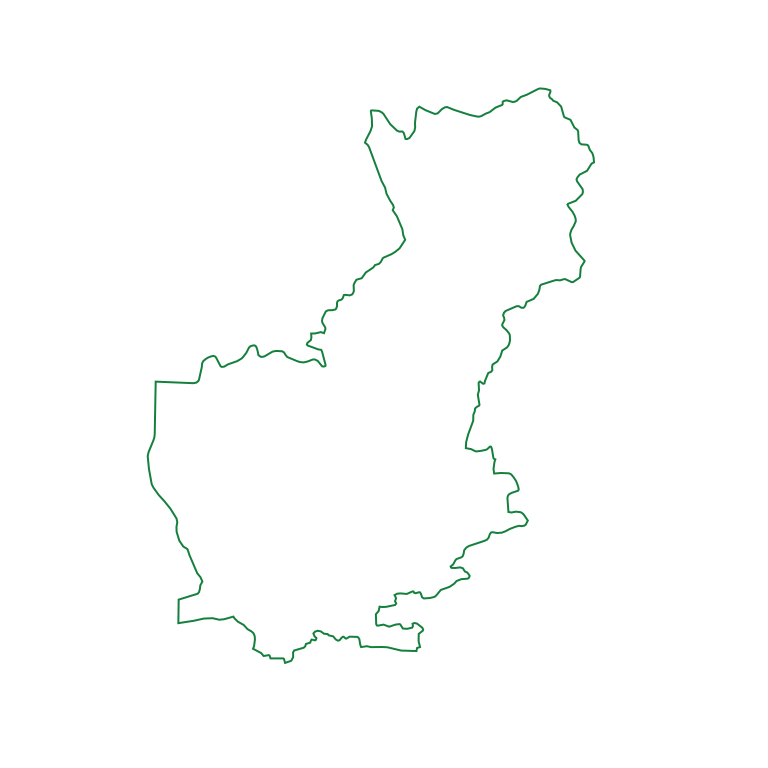 Tuy Phuoc, Bình Định, Vietnam (Mercator projection), rotated 162°
{"feature_id": "81297802B71017047307278", "entity_name": "Tuy Phuoc", "entity_type": "district", "adm_level": 2, "iso_a3": "VNM", "parent_name": "Vietnam", "parent_adm1": "Bình Định", "projection": "mercator", "projection_center": [109.153, 13.841], "detail": "fine", "context": "isolated", "style": "outline", "palette": "green", "viewbox_px": 768, "rotation_deg": 162, "n_neighbors": 0, "source": "geoboundaries", "source_scale": "gbopen_adm2", "svg_char_len": 6166}
<svg xmlns="http://www.w3.org/2000/svg" viewBox="0 0 768 768"><g transform="rotate(162 384 384)"><path d="M115.8,529.9L114.6,534.9L114.5,539.1L115.9,543.0L116.1,547.6L116.8,548.6L117.9,549.2L122.2,550.9L123.6,552.9L123.5,555.9L121.3,564.3L121.5,565.8L123.7,569.2L125.0,577.6L129.5,581.5L130.2,582.6L129.8,593.1L132.3,598.3L135.6,601.2L136.2,602.9L137.7,604.9L137.9,606.9L137.5,608.0L135.4,610.5L135.1,612.0L139.4,614.8L144.6,617.0L147.3,616.8L158.5,615.0L165.2,614.7L170.5,612.2L173.2,612.1L174.7,612.6L179.7,615.9L183.0,616.1L184.0,615.5L184.7,613.4L185.3,612.9L192.6,612.4L199.6,609.9L203.6,609.7L208.8,608.7L211.1,608.9L213.0,609.7L219.3,613.4L232.7,623.1L238.4,627.9L240.6,628.3L244.0,627.5L249.3,624.8L252.2,625.1L259.8,631.5L264.7,636.8L267.4,635.7L269.1,633.1L273.7,623.1L275.1,618.4L276.9,615.2L283.8,610.1L286.4,609.8L287.8,610.4L287.6,616.5L288.4,618.4L291.4,619.3L293.3,620.9L297.8,629.2L301.0,641.0L302.0,642.8L304.4,645.3L310.8,647.9L311.9,648.0L312.3,647.3L313.4,640.8L315.7,632.8L318.8,628.6L325.6,621.9L327.5,619.4L325.7,616.6L325.0,613.9L323.6,577.9L322.3,570.5L322.8,564.1L321.4,556.1L320.1,551.6L320.1,548.8L322.0,546.6L319.9,539.5L318.7,525.5L319.7,519.7L319.3,514.6L327.3,508.2L332.5,506.2L336.6,505.2L345.4,504.3L346.3,504.0L349.4,501.0L351.8,499.8L355.7,499.9L358.3,498.1L366.8,495.7L372.5,491.5L378.0,491.7L381.0,489.1L382.4,487.3L383.9,481.8L385.3,480.0L386.7,479.0L389.3,478.9L393.3,480.8L394.7,481.0L396.6,478.5L398.2,477.4L401.6,477.4L402.6,477.0L403.7,475.6L404.6,472.5L406.4,470.3L407.4,469.9L410.4,470.2L414.4,471.4L416.9,471.0L422.2,465.6L423.5,463.1L423.6,460.9L422.4,456.1L422.7,454.4L425.4,450.9L428.1,452.9L433.6,453.3L437.7,454.5L438.7,450.6L440.0,448.4L444.1,446.8L445.2,445.3L444.7,444.2L435.8,437.2L433.2,435.9L432.9,433.9L433.7,420.2L434.2,419.2L436.0,419.2L437.4,420.0L439.9,426.5L442.2,428.7L444.0,429.3L449.5,429.0L453.9,429.4L457.2,430.9L459.7,432.7L467.7,439.6L468.7,442.2L469.3,444.9L470.8,446.6L476.2,448.7L478.5,449.1L480.2,449.2L489.1,447.2L491.4,447.4L492.9,448.0L494.5,450.2L493.9,455.5L494.0,459.1L495.1,460.7L496.3,461.1L499.3,461.2L501.1,460.4L505.4,456.1L510.3,452.8L512.1,452.1L516.8,451.1L526.3,450.9L530.7,449.9L533.0,450.4L533.9,451.3L535.6,461.3L536.2,462.4L537.5,463.4L539.6,463.7L543.1,463.5L546.0,462.8L548.8,461.6L550.6,459.8L552.1,456.3L558.6,445.3L559.8,444.1L562.1,443.3L565.1,443.7L600.4,456.8L617.5,407.3L618.9,404.2L620.6,401.8L629.0,391.9L631.0,388.5L633.8,375.8L635.9,360.3L635.2,356.3L632.5,347.9L629.0,340.2L625.6,331.2L622.9,320.2L623.3,316.4L625.5,312.3L626.9,307.6L627.1,298.3L625.1,291.4L622.1,287.9L621.9,287.0L621.9,281.3L620.1,261.7L618.2,256.8L617.8,252.2L620.9,249.3L622.4,246.0L624.2,243.3L626.0,242.1L645.9,242.4L653.5,220.1L638.1,217.6L627.9,216.6L619.3,214.2L613.5,210.7L608.7,209.7L599.1,209.3L598.7,207.5L596.4,203.1L591.9,198.2L589.6,193.1L586.4,189.5L585.1,187.1L584.9,184.1L585.7,180.9L588.6,174.8L590.4,172.7L584.0,166.1L582.5,162.5L577.2,161.7L576.7,160.8L576.7,158.1L564.7,154.2L564.1,153.5L564.3,149.3L557.8,149.4L554.8,152.3L553.4,156.8L551.8,158.3L541.8,158.0L539.9,158.9L538.6,160.9L534.1,160.8L532.7,162.7L531.7,163.3L528.8,161.5L527.7,161.8L526.8,163.3L528.0,165.5L528.2,168.6L526.1,169.8L523.3,169.8L520.6,168.3L518.3,165.1L515.4,163.8L514.8,163.5L514.3,162.1L510.3,159.7L508.8,155.9L507.2,154.2L506.5,154.0L504.9,154.3L503.0,155.7L501.2,156.3L500.5,156.1L499.2,153.9L498.5,153.5L494.7,154.3L487.5,151.7L486.7,150.7L486.3,148.8L487.1,144.0L487.1,140.9L481.3,139.9L477.5,137.7L466.9,134.4L462.2,132.6L450.1,125.2L435.7,120.0L434.1,122.7L431.0,122.7L430.6,128.6L428.2,135.6L423.3,137.4L422.6,138.4L422.9,140.4L426.7,146.0L429.0,147.3L430.9,147.2L431.3,144.8L432.4,143.6L437.6,144.0L441.6,145.6L442.8,150.3L443.6,150.9L447.4,151.6L454.1,151.6L458.8,155.3L464.7,156.1L465.4,156.6L465.6,158.1L462.9,167.5L459.2,169.8L457.0,173.6L454.5,172.4L450.8,171.4L441.6,170.4L440.2,171.6L440.6,174.1L438.7,176.5L439.2,180.0L436.3,180.5L433.2,179.8L427.2,177.3L421.1,177.9L420.1,177.6L419.7,175.9L418.4,175.2L415.5,175.2L414.2,174.8L413.7,173.0L413.7,169.4L412.3,167.7L406.4,166.3L403.0,166.0L401.4,166.0L399.4,166.9L393.6,170.6L384.4,170.8L378.9,172.4L375.9,174.2L370.7,174.5L365.6,173.2L363.7,173.1L362.1,174.5L361.8,175.3L363.0,178.9L365.0,180.7L365.9,184.3L368.1,186.0L373.1,187.0L376.5,188.2L377.0,188.9L377.0,189.9L374.0,191.0L370.7,194.2L369.2,195.1L363.7,195.3L362.5,195.8L360.7,198.0L359.1,201.1L356.2,203.0L353.1,203.7L336.6,203.8L334.0,204.2L332.1,205.4L329.7,208.5L328.1,209.7L326.5,209.5L322.4,207.3L317.8,206.2L314.0,206.4L309.0,207.3L303.0,207.6L299.5,207.4L297.0,206.3L294.4,205.9L292.7,206.4L289.4,209.7L291.6,217.1L293.1,219.3L294.0,220.0L297.9,221.8L302.4,222.4L305.2,223.8L301.8,237.6L300.7,239.3L299.4,240.4L296.3,241.0L289.4,241.1L288.4,242.2L288.1,245.2L288.3,250.7L289.6,255.4L290.9,258.6L291.8,259.6L292.9,260.5L300.2,263.2L306.9,264.8L306.1,269.3L303.1,275.6L301.4,277.9L302.6,279.0L302.8,279.9L301.5,288.5L301.5,290.8L301.8,291.5L302.7,291.7L306.0,290.1L307.8,289.9L312.7,290.5L316.8,291.3L318.0,291.9L321.2,295.1L326.0,297.7L323.8,303.4L319.5,310.1L310.5,321.5L308.6,327.0L306.2,329.9L304.9,332.6L302.9,333.5L300.1,334.1L299.6,334.8L298.1,344.8L295.6,348.6L293.7,355.7L293.1,356.4L291.9,356.7L289.7,353.6L288.3,353.5L287.1,355.6L281.5,362.2L278.1,362.6L276.7,363.7L275.9,367.0L274.6,369.0L269.2,370.4L264.9,374.1L261.2,379.3L255.8,380.7L253.7,382.2L252.0,384.2L250.5,387.0L249.2,391.9L249.5,393.7L250.8,397.3L253.1,401.2L253.5,403.3L252.9,404.4L249.7,407.6L249.3,409.7L249.5,412.5L247.8,414.8L245.7,415.9L233.8,417.0L231.8,416.4L229.7,414.0L227.7,413.4L227.0,413.6L225.3,415.0L223.0,418.0L215.4,418.7L209.8,422.2L207.3,425.3L205.3,429.1L204.0,429.9L189.7,429.8L187.9,429.6L184.6,428.2L180.3,428.1L179.2,427.7L173.9,422.8L172.7,422.5L165.1,424.7L164.4,425.5L161.3,433.0L160.2,434.6L155.4,438.6L155.2,439.3L160.7,451.7L161.9,460.5L161.0,468.0L160.2,469.8L158.1,472.7L154.8,475.6L151.3,479.5L150.7,481.9L150.7,485.2L151.5,489.5L153.7,495.4L154.1,497.9L153.3,498.5L145.0,499.0L136.6,503.4L135.5,505.1L134.9,507.8L137.8,517.3L137.6,519.3L136.0,520.9L133.2,522.7L125.0,524.0L118.6,529.4L115.8,529.9Z" fill="none" stroke="#15803d" stroke-width="2"/></g></svg>